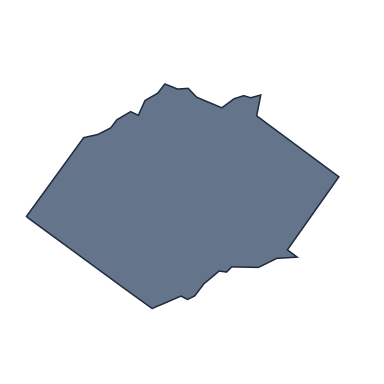 Gibson, Tennessee, United States of America, rotated 124°
{"feature_id": "52423323B84989214455528", "entity_name": "Gibson", "entity_type": "district", "adm_level": 2, "iso_a3": "USA", "parent_name": "United States of America", "parent_adm1": "Tennessee", "projection": "albers", "projection_center": [-88.965, 36.007], "detail": "fine", "context": "isolated", "style": "filled", "palette": "slate", "viewbox_px": 384, "rotation_deg": 124, "n_neighbors": 0, "source": "geoboundaries", "source_scale": "gbopen_adm2", "svg_char_len": 580}
<svg xmlns="http://www.w3.org/2000/svg" viewBox="0 0 384 384"><g transform="rotate(124 192 192)"><path d="M207.5,312.2L304.8,315.6L305.2,312.7L309.8,194.9L310.9,159.9L284.5,143.0L283.6,135.6L276.5,131.6L261.5,130.8L242.3,125.3L239.1,118.6L231.9,117.2L217.4,94.8L199.6,84.6L187.2,68.4L186.6,80.6L97.3,78.7L92.7,181.0L73.1,189.2L81.1,196.1L83.2,203.0L91.2,209.3L105.6,214.4L110.8,241.3L108.2,253.1L114.7,261.5L117.6,274.9L129.3,275.7L142.4,282.1L158.4,279.4L159.7,287.8L174.1,294.7L184.2,295.2L196.9,302.2L207.5,312.2Z" fill="#64748b" stroke="#1e293b" stroke-width="1.5"/></g></svg>